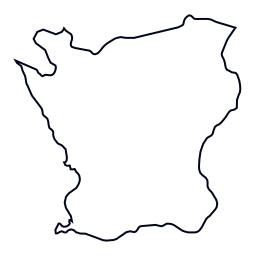 an SVG outline of Skåne
{"feature_id": "SWE-3429", "entity_name": "Skåne", "entity_type": "County", "adm_level": 1, "iso_a3": "SWE", "parent_name": "Sweden", "parent_adm1": "", "projection": "mercator", "projection_center": [13.454, 55.942], "detail": "fine", "context": "isolated", "style": "outline", "palette": "ink", "viewbox_px": 256, "rotation_deg": 0, "n_neighbors": 0, "source": "natural_earth", "source_scale": "10m", "svg_char_len": 2842}
<svg xmlns="http://www.w3.org/2000/svg" viewBox="0 0 256 256"><path d="M236.8,107.9L234.7,109.4L233.7,109.8L230.9,110.4L228.9,112.1L225.4,117.5L221.4,122.4L219.1,124.4L217.1,125.2L215.0,126.8L213.6,130.4L212.6,133.9L211.3,135.5L207.1,137.9L203.2,143.8L200.5,151.6L199.4,159.3L199.0,166.4L199.2,169.5L200.2,172.7L202.0,174.8L206.0,178.0L207.3,180.3L207.6,182.3L207.5,184.3L207.6,186.4L208.5,188.6L209.6,190.1L211.9,192.5L216.2,199.7L217.2,203.1L216.7,207.1L215.2,209.5L209.6,216.0L207.7,217.4L206.4,218.7L201.6,227.5L199.6,230.2L197.6,231.7L195.2,232.4L188.5,232.4L185.3,231.7L182.3,230.6L174.0,225.1L171.2,224.0L167.8,223.6L166.2,223.9L163.5,225.5L162.0,226.1L160.5,226.1L155.5,224.9L141.5,226.1L139.6,226.6L138.4,228.0L137.4,229.7L136.1,231.3L134.5,232.1L130.0,231.3L126.3,232.2L116.6,238.9L113.5,240.0L106.3,240.6L102.9,240.1L85.5,233.7L79.9,233.5L77.8,232.7L76.6,232.5L76.0,232.2L74.3,230.6L73.4,230.0L71.2,229.4L69.0,230.0L67.9,230.7L66.3,232.3L65.1,232.5L64.0,232.3L62.6,231.5L61.5,231.3L59.4,232.1L57.4,233.4L55.8,233.3L55.4,230.0L58.6,223.6L59.3,223.5L59.9,223.7L60.6,224.2L61.5,225.5L63.4,226.7L66.0,226.6L68.4,225.4L69.8,223.6L69.2,221.2L69.5,220.0L70.5,220.0L71.9,221.2L70.9,216.1L65.9,207.8L64.7,202.7L66.0,196.8L69.0,193.2L76.3,187.9L77.4,186.3L78.6,184.1L79.5,181.6L79.9,179.0L79.2,175.4L77.7,173.3L76.2,171.9L74.6,169.0L72.7,169.4L70.7,169.3L69.8,165.6L67.2,165.8L65.3,165.0L64.1,162.3L65.4,162.1L66.2,161.3L66.7,159.8L66.9,157.4L65.6,149.2L62.0,145.5L57.7,143.3L54.6,139.3L53.5,136.4L53.2,134.9L53.2,132.2L52.9,131.3L52.2,130.3L51.4,129.4L50.7,129.1L49.3,127.7L48.6,124.7L48.2,121.2L47.3,118.7L45.5,116.9L43.9,115.8L42.8,114.0L42.3,110.4L41.6,108.4L32.3,96.1L31.6,94.9L27.6,85.7L26.5,83.8L25.5,77.9L25.1,76.1L22.5,70.5L21.3,66.1L17.1,63.0L15.7,60.6L36.2,69.5L37.0,70.1L38.3,72.9L39.1,73.5L39.9,73.9L41.5,75.7L42.4,76.1L43.3,75.9L44.7,75.0L45.6,74.8L50.0,75.3L52.0,75.0L53.9,73.5L55.2,70.9L55.9,67.9L55.5,65.5L50.6,62.7L48.5,58.5L45.2,50.1L35.9,43.2L33.6,38.8L37.3,31.9L43.3,29.6L55.9,34.3L61.8,31.9L63.4,29.7L64.0,28.3L66.0,30.8L70.9,34.1L71.4,34.9L71.8,35.9L72.1,37.3L72.1,38.5L71.9,39.8L71.3,41.5L70.9,43.3L70.8,44.8L71.2,46.0L71.8,46.8L75.1,48.0L89.7,50.7L91.2,51.8L92.3,53.1L93.7,54.1L95.3,54.2L97.7,53.3L100.4,50.6L102.3,48.0L104.5,45.6L107.0,43.5L114.5,38.8L117.6,37.7L120.9,37.1L126.1,37.9L134.0,37.9L177.9,27.4L181.0,26.0L183.0,24.8L183.5,23.5L184.0,21.1L184.4,20.0L185.2,18.5L186.7,16.9L188.5,15.6L190.0,15.4L191.5,16.1L193.9,18.5L195.6,19.0L207.8,18.9L210.9,19.5L216.3,22.0L235.4,27.7L228.3,38.0L226.7,41.0L222.0,52.6L221.7,54.3L222.0,55.8L224.1,60.1L224.8,62.6L225.3,65.4L225.9,68.1L227.0,69.8L230.0,71.2L231.0,71.9L232.0,72.3L233.4,72.6L234.7,72.7L235.6,73.0L236.3,73.5L237.2,74.8L239.2,80.3L240.0,84.6L240.3,88.9L239.9,92.2L238.5,95.5L237.0,100.0L236.8,107.9Z" fill="none" stroke="#020617" stroke-width="2"/></svg>